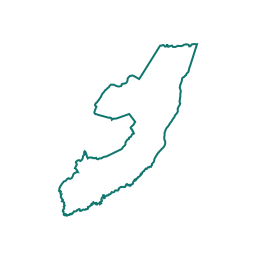 Tuntum, Maranhão, Brazil, rotated 212°
{"feature_id": "56859067B40556057821371", "entity_name": "Tuntum", "entity_type": "district", "adm_level": 2, "iso_a3": "BRA", "parent_name": "Brazil", "parent_adm1": "Maranhão", "projection": "equal_earth", "projection_center": [-44.727, -5.601], "detail": "fine", "context": "isolated", "style": "outline", "palette": "teal", "viewbox_px": 256, "rotation_deg": 212, "n_neighbors": 0, "source": "geoboundaries", "source_scale": "gbopen_adm2", "svg_char_len": 5806}
<svg xmlns="http://www.w3.org/2000/svg" viewBox="0 0 256 256"><g transform="rotate(212 128 128)"><path d="M112.7,56.5L111.1,55.7L110.7,56.3L111.2,56.6L111.0,58.1L110.5,58.5L110.4,59.4L109.9,59.9L109.5,60.0L108.9,60.6L109.1,61.4L108.0,62.5L107.9,63.2L107.9,64.1L107.8,65.0L107.1,65.0L105.9,66.2L105.8,67.6L105.7,68.3L105.2,68.7L103.7,69.4L103.2,70.1L103.4,71.2L103.8,71.7L103.5,72.5L103.2,73.5L102.8,74.3L102.3,74.3L101.1,75.5L100.2,75.6L99.2,76.6L99.2,77.5L99.6,78.3L99.5,79.3L99.2,79.9L98.7,80.0L97.5,79.4L97.1,79.6L96.9,80.3L96.4,80.8L96.0,80.3L95.5,80.1L94.9,82.3L94.4,82.9L94.3,83.5L95.0,84.9L94.9,85.9L95.0,87.6L94.7,88.1L94.5,87.5L94.1,87.2L93.8,87.7L93.6,89.1L93.7,90.1L93.2,90.7L93.5,91.5L92.7,92.8L92.3,94.3L92.2,95.0L92.8,95.3L92.7,96.3L92.0,96.6L92.1,97.4L92.4,98.3L91.6,100.0L91.7,101.0L91.5,102.2L91.3,103.0L90.8,102.9L90.3,103.7L90.3,104.4L90.3,105.0L89.8,105.7L89.2,105.8L88.7,107.1L87.9,107.4L88.1,108.3L88.0,109.3L88.7,110.1L88.2,112.8L88.3,113.8L89.1,115.4L89.4,118.9L89.2,119.9L89.4,121.3L89.3,121.9L89.2,123.3L89.0,123.9L89.0,124.6L88.8,125.5L88.5,126.5L88.4,128.1L87.9,129.4L87.7,130.5L87.6,131.4L87.8,133.4L88.1,134.3L88.5,135.1L89.5,136.5L90.7,137.2L91.7,138.4L92.4,139.3L92.9,140.8L93.6,142.0L94.5,143.3L94.6,144.6L94.9,145.4L95.1,146.2L95.3,149.0L95.0,149.8L94.8,151.6L94.9,154.5L94.6,156.7L94.7,157.4L94.7,159.9L94.4,161.9L94.8,163.1L94.8,163.9L94.5,165.5L94.4,166.6L94.4,167.4L94.5,168.4L95.4,169.8L95.8,170.2L96.1,170.7L96.4,172.8L96.4,175.1L96.7,176.4L97.3,176.6L97.6,177.3L98.6,178.0L98.7,178.8L99.0,179.6L99.3,180.0L99.6,180.8L100.0,181.4L100.2,182.3L101.9,184.9L102.2,186.1L102.7,187.1L104.5,188.9L105.3,189.4L105.7,189.9L105.7,190.6L106.6,192.1L106.6,192.9L107.4,196.7L108.2,198.3L108.4,199.4L108.1,200.1L107.6,201.0L107.3,201.7L107.3,202.6L106.8,203.5L106.9,204.4L107.1,205.1L106.5,207.6L107.7,211.0L108.7,215.4L113.9,235.6L114.6,235.0L115.3,234.7L115.9,234.6L116.8,234.0L117.5,233.2L118.1,232.9L118.3,232.2L118.4,230.6L118.8,230.1L119.3,229.7L119.8,230.0L120.3,230.5L121.2,230.5L123.0,229.9L123.5,229.3L124.7,228.2L125.0,227.2L125.8,226.3L126.2,225.6L127.5,225.1L128.0,224.6L129.4,224.1L129.8,223.3L130.8,221.8L131.7,221.1L132.6,220.9L133.1,220.6L133.7,220.8L134.2,221.2L134.9,220.7L135.6,220.0L135.8,219.5L136.2,219.1L136.7,218.8L136.9,218.2L137.7,218.1L137.5,218.7L138.5,219.3L139.1,219.0L138.8,217.8L139.2,217.0L139.7,216.7L141.8,217.2L142.9,216.2L143.2,215.6L143.8,215.3L144.4,214.7L144.4,182.1L144.5,175.4L145.4,175.4L150.3,175.2L151.9,175.0L152.6,174.4L153.3,173.6L153.7,173.5L154.0,172.9L154.5,170.7L154.4,169.5L153.5,167.8L153.4,167.1L153.3,166.0L153.6,164.9L154.1,164.2L155.5,163.1L156.2,162.4L156.5,161.6L156.1,160.9L156.0,160.1L157.1,158.8L158.8,157.8L160.1,157.5L162.9,157.2L165.5,155.7L165.9,154.0L165.9,152.3L166.5,150.7L166.9,148.9L167.3,148.2L167.4,147.1L167.6,144.8L167.9,143.6L167.9,142.7L167.5,140.2L167.6,139.0L167.6,136.9L167.8,135.7L167.9,134.1L167.8,133.4L168.3,132.4L168.4,131.3L168.3,130.7L168.0,129.7L166.1,129.4L165.7,127.3L165.5,125.7L164.9,123.7L164.5,123.0L163.0,122.5L161.8,123.1L160.8,123.2L152.5,125.7L150.1,126.4L149.3,126.7L149.0,127.2L148.6,127.4L146.9,127.4L146.6,126.9L146.1,126.4L145.3,128.2L143.8,129.1L142.6,130.2L134.4,140.5L125.1,137.0L125.2,135.1L125.0,134.1L125.3,132.7L125.7,131.7L125.8,130.8L126.0,129.7L125.4,129.2L124.7,128.9L123.9,129.0L123.3,128.5L122.9,127.9L122.3,128.0L121.6,127.6L121.0,126.8L120.2,126.7L120.2,126.0L120.8,125.7L121.1,125.1L121.0,124.5L121.1,123.5L120.9,122.4L121.2,121.5L121.6,121.0L122.1,120.2L121.4,119.4L121.8,118.6L122.4,117.5L122.5,114.5L121.4,112.5L121.4,111.7L121.6,110.9L121.9,110.1L122.1,109.3L122.1,107.7L122.2,106.8L131.5,92.0L132.1,91.8L133.0,90.9L133.8,89.7L134.3,88.5L134.7,87.9L135.3,87.7L135.8,87.3L136.5,86.5L136.8,85.7L137.2,85.4L138.1,85.3L138.6,85.3L139.2,85.8L140.4,84.6L141.1,84.4L141.7,83.8L142.3,83.9L142.9,83.9L143.4,83.3L144.1,83.2L145.1,82.6L145.6,82.0L146.0,80.9L148.1,82.3L148.5,82.9L149.7,83.9L150.5,84.5L151.0,85.0L151.9,85.3L152.5,85.3L152.4,84.6L151.8,83.2L150.8,82.3L151.3,80.5L151.1,79.9L150.3,78.2L150.3,76.5L150.5,75.5L151.0,74.7L151.7,75.0L152.5,74.8L153.2,74.1L153.6,73.5L154.0,72.5L154.1,71.7L154.0,71.2L153.4,70.9L152.9,70.5L152.0,70.0L151.7,65.7L150.5,65.7L149.5,65.4L147.1,64.0L147.8,63.7L148.4,63.0L149.1,61.9L149.8,60.4L149.7,59.4L149.3,58.1L149.2,55.7L149.5,55.1L150.0,54.4L150.5,54.0L151.0,53.7L151.8,53.9L152.5,52.8L152.7,51.9L152.6,51.1L152.9,50.2L153.3,49.4L154.1,48.6L154.4,45.6L154.4,43.6L154.5,42.9L154.5,42.2L154.1,41.0L154.2,40.3L153.7,39.5L153.2,38.2L152.7,37.8L151.6,37.9L151.8,38.6L151.3,38.6L151.0,37.9L150.8,37.2L150.4,36.5L149.9,36.1L149.3,36.5L148.7,34.2L148.1,33.6L147.3,33.3L146.7,33.2L146.3,32.9L145.9,32.3L145.2,32.6L144.8,32.1L145.0,30.9L143.8,31.2L143.3,31.1L142.6,30.9L142.2,30.5L142.0,29.5L141.3,28.9L140.5,28.7L140.9,27.3L139.9,26.6L139.4,25.8L139.5,25.1L139.8,24.5L139.4,23.9L139.3,22.9L138.8,22.8L138.2,22.8L137.6,21.9L137.2,21.5L136.5,20.4L135.5,20.5L135.9,21.3L135.3,22.0L134.6,22.0L134.1,21.5L133.3,21.3L133.0,22.3L131.9,23.0L131.9,24.0L131.6,24.5L130.8,24.4L130.6,25.3L130.0,25.3L129.7,26.1L129.7,27.7L129.6,28.7L129.0,28.8L127.7,30.3L127.5,31.0L127.6,31.7L126.8,32.6L126.5,33.4L125.9,33.5L125.1,32.6L124.6,32.3L123.8,33.1L122.9,34.9L122.3,35.4L121.3,35.7L120.9,36.3L120.6,37.1L120.0,37.1L119.5,37.8L119.2,38.4L120.1,39.8L119.0,41.0L118.9,41.8L118.5,42.2L118.4,43.1L118.7,43.5L118.8,44.3L118.4,45.0L117.7,44.5L117.5,45.5L117.9,46.7L116.7,46.6L116.1,46.9L115.3,47.6L115.0,47.3L115.2,46.4L114.5,46.3L113.8,46.7L114.1,47.4L113.5,48.0L112.5,48.6L112.5,49.4L112.0,49.1L111.5,48.6L111.3,49.3L110.8,49.9L111.9,50.6L111.8,51.3L111.4,52.3L111.8,52.9L112.5,52.9L113.0,53.7L113.1,55.1L113.0,56.1L112.7,56.5ZM112.7,56.5L113.1,57.2L113.5,57.8L113.0,58.2L112.3,57.2L112.7,56.5Z" fill="none" stroke="#0f766e" stroke-width="2"/></g></svg>